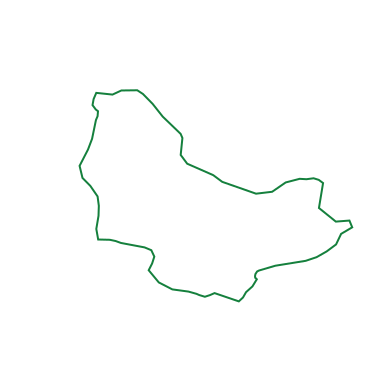 the Province of Burdur, rotated 226°
{"feature_id": "TUR-2273", "entity_name": "Burdur", "entity_type": "Province", "adm_level": 1, "iso_a3": "TUR", "parent_name": "Turkey", "parent_adm1": "", "projection": "robinson", "projection_center": [30.062, 37.38], "detail": "fine", "context": "isolated", "style": "outline", "palette": "green", "viewbox_px": 384, "rotation_deg": 226, "n_neighbors": 0, "source": "natural_earth", "source_scale": "10m", "svg_char_len": 1041}
<svg xmlns="http://www.w3.org/2000/svg" viewBox="0 0 384 384"><g transform="rotate(226 192 192)"><path d="M85.6,178.0L84.2,178.0L82.1,169.9L82.4,161.3L80.7,155.4L80.8,149.7L103.6,138.0L105.4,133.2L107.7,128.5L112.9,125.6L115.6,124.5L122.8,120.3L135.6,110.2L150.0,105.3L165.8,106.5L168.3,113.7L171.7,120.0L178.4,122.3L185.1,119.4L204.7,105.5L209.8,103.0L214.7,99.7L223.0,91.5L231.9,97.5L239.8,108.2L246.8,115.4L254.4,121.0L267.0,123.1L278.2,123.0L288.9,129.3L294.8,146.7L299.7,157.1L310.5,172.9L312.1,176.7L315.4,180.5L318.2,180.1L323.6,180.8L327.2,185.8L329.8,192.0L317.3,202.5L314.1,211.7L303.2,223.3L296.6,224.8L282.7,224.9L266.6,223.3L241.7,224.2L237.5,222.6L226.5,209.6L215.7,208.2L189.3,219.0L178.3,220.8L146.3,236.9L136.5,249.8L133.8,266.0L126.7,278.6L121.7,283.2L117.4,289.0L112.7,291.6L107.4,292.5L92.3,272.2L70.8,274.9L62.1,285.4L55.3,282.7L58.3,270.2L54.2,259.2L55.7,247.6L58.6,236.3L63.5,226.0L81.1,200.7L89.0,185.6L89.6,183.6L88.9,180.6L87.7,178.9L86.4,177.9L85.6,178.0Z" fill="none" stroke="#15803d" stroke-width="2"/></g></svg>